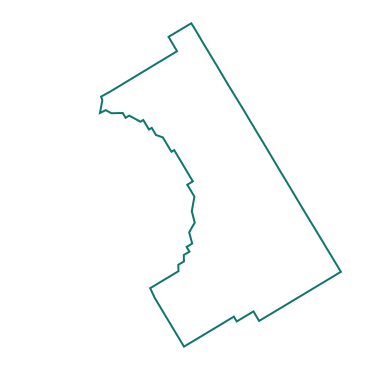 Wibaux, Montana, United States of America (Robinson projection), rotated 329°
{"feature_id": "52423323B54665003202260", "entity_name": "Wibaux", "entity_type": "district", "adm_level": 2, "iso_a3": "USA", "parent_name": "United States of America", "parent_adm1": "Montana", "projection": "robinson", "projection_center": [-104.243, 47.019], "detail": "fine", "context": "isolated", "style": "outline", "palette": "teal", "viewbox_px": 384, "rotation_deg": 329, "n_neighbors": 0, "source": "geoboundaries", "source_scale": "gbopen_adm2", "svg_char_len": 984}
<svg xmlns="http://www.w3.org/2000/svg" viewBox="0 0 384 384"><g transform="rotate(329 192 192)"><path d="M105.5,320.4L163.7,320.4L163.7,326.0L183.2,326.0L183.1,337.1L278.5,337.1L278.5,311.3L278.4,309.3L278.5,306.4L278.5,306.1L278.5,304.9L278.3,264.4L278.4,224.8L278.3,222.0L278.5,185.0L278.5,183.8L278.4,178.9L278.4,177.4L278.4,174.9L278.4,169.3L278.5,168.3L278.4,163.8L278.5,150.5L278.2,116.7L278.3,98.1L278.4,97.4L278.4,97.0L278.4,95.3L278.3,94.3L278.3,93.1L278.3,72.7L278.3,72.0L278.3,67.6L278.4,55.5L278.3,47.0L251.8,46.9L251.7,63.6L173.9,63.8L163.2,63.4L162.5,67.0L153.8,76.9L160.2,77.4L163.5,83.0L173.3,88.6L173.3,94.2L177.5,94.2L184.0,105.2L187.3,105.2L187.3,116.3L190.5,116.3L190.5,124.6L195.1,130.1L195.1,146.9L198.3,146.9L198.2,183.3L191.7,183.3L191.7,197.2L181.9,208.4L178.6,219.6L168.8,225.1L165.6,236.3L159.1,236.3L159.1,241.8L152.5,241.8L149.3,247.4L142.8,247.3L139.6,252.9L106.6,252.9L105.5,264.0L105.5,320.4Z" fill="none" stroke="#0f766e" stroke-width="2"/></g></svg>